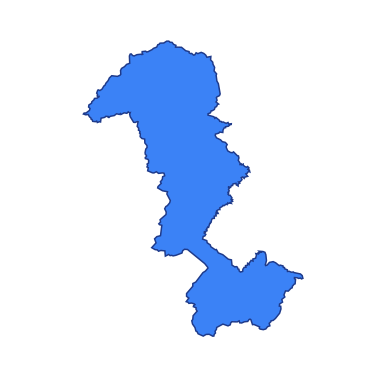 Nong Ya Plong, Phetchaburi, Thailand, rotated 254°
{"feature_id": "78962969B63755110473004", "entity_name": "Nong Ya Plong", "entity_type": "district", "adm_level": 2, "iso_a3": "THA", "parent_name": "Thailand", "parent_adm1": "Phetchaburi", "projection": "natural_earth1", "projection_center": [99.458, 13.138], "detail": "fine", "context": "isolated", "style": "filled", "palette": "blue", "viewbox_px": 384, "rotation_deg": 254, "n_neighbors": 0, "source": "geoboundaries", "source_scale": "gbopen_adm2", "svg_char_len": 6072}
<svg xmlns="http://www.w3.org/2000/svg" viewBox="0 0 384 384"><g transform="rotate(254 192 192)"><path d="M88.2,156.2L87.1,157.8L85.8,158.3L85.4,160.9L83.8,163.4L82.9,163.8L82.4,162.3L81.4,161.7L79.6,164.0L78.0,163.5L76.1,164.1L72.8,159.0L69.3,157.6L68.3,156.3L65.0,156.1L60.8,157.5L57.3,157.4L56.5,158.3L54.0,158.8L50.4,163.1L51.2,166.3L50.5,169.3L47.7,172.2L47.5,173.3L49.0,174.1L50.0,175.7L51.8,175.8L53.2,177.6L55.0,178.4L56.5,185.3L53.4,189.7L53.8,192.2L55.5,193.1L56.3,194.5L54.7,199.6L55.1,201.8L53.1,201.8L52.4,203.7L52.8,206.6L52.2,209.9L53.7,211.7L53.8,212.7L53.0,213.4L47.8,213.6L47.6,215.0L43.7,219.8L42.5,219.1L41.5,219.6L40.0,222.6L40.0,225.2L41.7,227.5L41.9,230.0L44.5,230.0L45.6,232.1L46.4,232.5L46.2,234.6L47.4,237.3L51.3,242.8L55.1,245.3L57.7,245.8L58.2,244.5L60.2,245.3L61.2,248.7L64.0,248.7L65.5,252.3L67.7,252.0L71.1,254.6L70.2,257.3L72.1,260.5L72.3,261.9L73.7,262.5L75.2,264.7L75.3,265.8L79.3,267.4L80.5,266.6L81.5,266.9L80.6,269.5L79.6,270.5L79.3,272.7L78.3,273.2L78.4,274.8L81.3,274.9L83.3,273.7L86.5,267.7L87.1,267.5L87.6,265.2L89.0,263.6L89.3,261.9L90.9,262.2L92.7,259.9L93.9,260.1L94.4,259.0L95.9,259.1L97.4,256.6L97.2,255.5L100.9,252.9L102.7,250.8L103.0,247.0L101.0,244.1L101.0,242.5L101.8,242.4L105.6,244.7L111.3,245.7L113.9,245.5L115.2,243.9L116.5,240.4L115.1,241.4L115.6,239.1L115.2,238.6L114.6,239.5L114.1,238.8L115.2,236.4L113.5,236.5L110.8,234.9L110.8,232.0L108.8,231.6L110.0,230.0L107.8,227.3L106.7,227.0L108.1,225.8L106.3,225.2L106.5,223.2L104.8,223.1L105.2,221.4L103.7,219.6L101.7,218.8L101.7,216.5L103.1,215.6L104.8,215.8L105.2,215.0L107.3,214.9L108.1,214.0L108.2,212.5L110.7,210.3L115.9,211.2L117.4,208.4L123.3,204.3L126.2,200.5L130.0,199.6L130.0,198.5L134.2,195.0L136.1,195.0L139.0,192.6L141.2,192.8L143.8,189.2L146.2,190.5L146.2,192.2L147.5,193.6L149.2,192.4L149.5,193.6L150.4,193.2L150.5,195.6L151.3,196.0L152.0,195.4L154.0,197.5L153.4,198.2L156.8,200.3L156.7,201.0L157.8,201.4L157.7,202.1L159.9,203.2L160.9,204.3L160.5,206.2L162.6,206.7L162.4,208.7L164.2,208.7L164.2,209.7L165.1,209.6L164.3,211.2L165.7,211.0L166.0,209.9L167.1,210.4L167.8,212.8L167.4,214.0L169.1,214.3L169.7,216.9L170.6,218.2L170.0,218.9L170.9,221.6L170.2,222.3L171.6,223.4L170.9,223.8L171.0,225.0L170.3,226.5L171.4,226.0L171.8,228.4L173.5,227.6L173.5,228.7L174.5,227.9L175.4,228.8L178.5,227.7L178.6,226.7L180.1,226.0L180.9,227.1L181.8,226.5L182.8,228.1L184.4,227.8L185.3,229.0L186.1,228.3L186.9,228.6L185.8,230.4L187.4,231.7L187.0,232.8L188.5,233.7L188.2,236.7L186.7,236.5L185.1,238.0L187.0,238.5L187.3,240.3L188.8,239.5L188.7,241.3L190.1,243.5L192.3,243.3L192.5,245.0L190.7,245.9L191.8,247.0L191.7,249.9L194.6,248.8L194.9,250.3L196.3,252.1L195.4,253.1L197.3,253.2L198.4,251.9L199.4,253.4L201.2,252.5L200.8,251.4L201.7,250.0L203.7,248.6L204.7,248.9L204.5,246.9L205.5,247.0L205.4,245.8L206.2,246.2L209.7,245.2L211.8,246.5L213.9,246.6L214.4,245.6L219.1,243.0L218.7,241.7L219.3,240.0L221.7,237.7L225.1,237.2L226.5,237.5L227.9,238.9L229.2,238.4L230.6,237.6L232.0,235.0L234.2,233.9L237.3,230.5L239.8,229.9L241.2,230.5L241.2,234.0L242.0,235.1L240.7,238.0L243.0,238.9L244.7,240.5L244.6,242.0L245.5,242.2L245.2,245.1L246.2,247.3L246.1,248.3L246.8,248.6L247.2,246.1L248.9,245.8L248.6,243.7L250.7,241.3L250.9,239.9L251.7,239.6L252.3,238.1L253.4,238.1L257.1,235.5L256.5,234.3L258.3,233.8L261.5,228.6L262.8,229.0L263.0,231.5L264.8,232.9L264.5,233.8L265.2,236.3L267.1,237.5L267.3,239.1L269.1,240.6L269.2,241.8L271.9,239.9L273.3,241.4L275.9,241.4L276.5,242.1L277.1,245.0L278.5,246.1L288.9,247.2L291.8,246.5L297.6,247.4L298.7,248.2L302.3,246.6L305.6,248.1L309.0,247.4L311.1,247.7L313.9,246.3L317.1,247.5L317.4,243.5L319.9,242.9L322.0,241.5L323.7,239.3L323.4,235.8L324.7,234.3L323.1,232.5L323.2,231.2L325.3,229.9L325.4,228.8L326.6,227.6L327.8,227.9L329.5,224.9L334.0,221.8L335.8,216.1L337.4,217.0L339.0,215.0L341.3,214.1L342.0,212.2L343.4,211.3L344.0,209.3L343.0,205.9L343.9,202.3L343.1,201.2L343.0,199.7L341.0,198.0L340.7,194.5L339.9,193.0L339.0,188.4L339.1,187.0L340.1,186.3L340.7,182.8L339.2,182.3L338.1,182.7L337.9,181.8L338.6,180.5L339.2,176.9L338.7,173.9L339.5,172.6L341.5,171.6L341.6,170.6L340.0,169.3L332.9,167.6L332.7,164.3L331.1,161.7L330.2,158.3L328.5,156.8L324.8,156.0L324.1,155.0L323.7,152.2L325.9,146.9L324.4,144.0L322.2,142.1L320.3,139.2L318.6,137.8L318.2,136.5L315.7,133.9L314.9,131.4L315.9,130.3L315.9,129.5L313.3,127.6L311.9,128.1L310.4,127.3L309.7,127.7L309.7,129.0L309.2,129.0L308.4,126.7L308.8,124.0L307.8,123.4L306.3,120.5L305.0,119.9L304.1,116.9L302.2,116.0L300.4,117.0L298.7,115.9L297.2,112.0L297.6,110.0L296.9,109.1L295.5,111.1L295.1,113.6L292.7,114.1L290.9,115.2L289.7,115.1L289.2,115.9L287.3,116.0L286.2,118.5L286.4,119.9L284.9,120.1L285.1,122.4L284.5,123.4L288.0,124.9L287.8,128.7L288.5,130.0L287.7,132.2L287.0,132.0L286.5,132.7L287.3,134.3L286.9,138.4L288.0,141.1L286.6,143.5L287.1,144.8L286.1,145.0L286.8,148.6L285.6,151.1L286.6,152.8L285.3,153.7L285.3,154.5L283.9,153.5L281.3,153.4L275.1,155.1L274.5,156.5L274.8,158.7L274.4,159.5L270.2,157.4L268.1,158.3L266.1,157.6L265.8,158.2L264.1,158.6L263.1,157.8L262.2,158.4L259.5,157.4L257.2,158.6L255.9,161.1L252.1,160.2L249.1,161.5L247.2,161.1L246.0,159.4L242.7,157.7L241.0,157.5L239.7,158.3L238.6,157.9L238.1,156.6L237.0,156.4L235.5,158.7L234.2,159.0L231.7,158.1L231.2,156.5L229.8,156.7L228.5,155.6L227.5,156.7L224.6,155.2L221.3,159.3L220.8,160.7L221.3,163.3L219.1,165.0L218.5,168.9L217.7,170.3L215.1,170.2L214.8,168.0L212.3,166.9L210.5,164.4L208.8,164.8L206.6,160.8L205.4,160.1L201.3,164.0L199.0,168.5L197.0,167.3L189.7,168.8L187.7,167.5L185.7,164.6L185.2,162.8L183.4,161.1L179.9,161.7L177.5,160.8L174.2,153.7L171.8,153.5L170.6,151.3L169.6,151.7L168.3,153.8L158.7,149.7L158.8,145.9L157.3,143.1L153.0,143.4L149.6,137.9L146.8,140.6L145.9,142.7L144.3,143.5L144.4,145.9L142.9,149.7L137.7,148.7L138.4,152.4L136.9,153.4L136.7,155.1L135.8,156.2L135.6,159.0L136.1,165.5L138.2,166.9L139.0,169.0L138.0,171.8L119.7,184.5L115.2,186.4L114.4,186.3L112.3,183.1L111.5,180.3L104.4,170.8L103.8,167.6L101.1,166.7L95.9,158.8L93.2,158.0L90.9,159.7L88.2,156.2Z" fill="#3b82f6" stroke="#1e3a8a" stroke-width="1.5"/></g></svg>